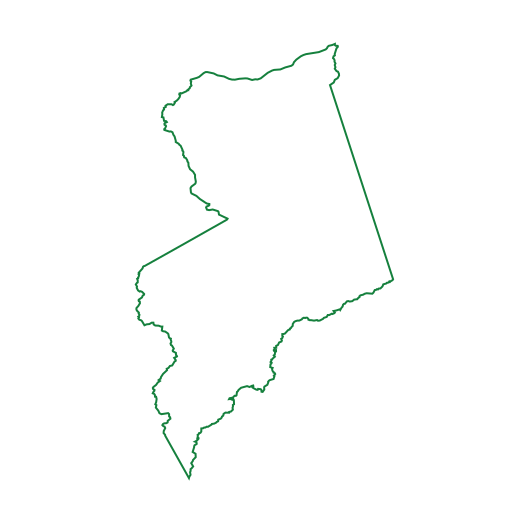 Nova Mamoré, Rondônia, Brazil, rotated 72°
{"feature_id": "56859067B93107940497000", "entity_name": "Nova Mamoré", "entity_type": "district", "adm_level": 2, "iso_a3": "BRA", "parent_name": "Brazil", "parent_adm1": "Rondônia", "projection": "equal_earth", "projection_center": [-64.544, -10.405], "detail": "fine", "context": "isolated", "style": "outline", "palette": "green", "viewbox_px": 512, "rotation_deg": 72, "n_neighbors": 0, "source": "geoboundaries", "source_scale": "gbopen_adm2", "svg_char_len": 6079}
<svg xmlns="http://www.w3.org/2000/svg" viewBox="0 0 512 512"><g transform="rotate(72 256 256)"><path d="M446.5,388.4L445.3,387.6L443.9,385.9L441.2,385.5L440.2,384.6L438.5,384.1L438.0,382.8L436.7,380.8L433.0,381.6L431.6,379.6L430.5,378.9L428.7,375.5L425.4,374.6L422.8,376.8L418.7,373.9L417.8,373.6L417.0,372.9L416.5,370.6L415.6,370.2L414.3,370.5L413.7,371.3L413.3,369.2L412.0,367.1L411.4,367.0L411.2,368.1L409.2,366.9L408.1,366.8L407.8,365.6L406.9,365.0L407.0,363.5L406.1,362.3L403.1,361.3L403.5,359.4L403.1,358.3L403.5,357.2L403.1,355.6L403.6,354.5L402.6,350.4L402.1,349.9L402.5,347.6L402.2,345.5L401.7,344.7L401.5,343.1L400.0,342.5L399.8,339.8L399.1,338.6L398.2,338.0L397.7,336.5L396.1,335.6L395.5,333.5L396.7,330.0L396.0,329.7L396.2,327.9L395.0,325.5L393.1,325.2L392.0,324.4L390.5,324.0L390.2,322.7L386.2,321.6L385.0,321.8L385.4,323.0L384.0,324.6L383.8,325.8L383.1,325.1L383.5,321.9L382.3,319.5L382.8,318.4L382.5,317.6L379.4,316.1L379.1,315.2L378.0,314.0L376.7,310.9L377.0,304.7L378.6,302.6L378.2,300.0L378.3,298.7L379.2,298.8L380.0,299.9L380.8,299.3L383.2,297.0L383.8,295.8L383.0,295.1L384.1,292.7L385.0,292.3L386.8,292.7L387.3,291.7L385.6,289.4L383.3,288.8L382.8,288.3L382.0,285.0L380.0,283.4L379.3,283.3L378.6,282.2L378.3,281.1L378.4,277.3L376.0,275.6L375.4,276.0L374.2,274.2L373.3,274.3L372.4,275.3L371.7,275.1L371.1,275.6L370.0,275.8L368.3,275.6L367.6,274.8L366.1,276.8L363.5,275.7L363.0,274.6L362.4,274.1L361.3,274.9L360.3,273.7L359.3,273.5L359.3,272.5L358.7,271.9L357.6,269.2L356.0,269.8L355.6,268.6L353.6,267.7L352.9,266.4L351.8,266.1L351.8,268.1L351.0,268.2L350.0,266.9L349.0,266.9L349.5,265.1L347.7,264.6L347.4,262.6L345.4,260.8L345.2,258.2L344.4,257.5L342.6,257.7L342.2,256.4L340.9,255.3L340.2,255.7L338.4,255.1L338.7,254.2L338.7,252.4L336.4,248.4L336.3,246.5L335.5,246.2L335.3,245.0L334.6,244.3L333.8,242.7L332.0,242.0L330.5,240.1L330.2,238.8L330.2,236.7L330.8,234.7L330.4,232.0L329.7,231.1L329.5,229.5L330.2,228.4L330.1,227.4L330.6,226.3L332.2,225.6L332.8,225.8L333.8,224.5L333.9,223.7L335.4,220.8L335.8,217.7L336.7,217.1L337.1,215.3L336.5,211.7L335.8,210.6L335.8,207.6L334.3,206.0L334.8,204.6L334.3,201.7L334.8,201.2L334.6,199.2L334.2,198.5L332.3,199.2L332.6,196.5L332.6,192.8L333.4,192.6L331.5,190.5L330.9,189.3L329.3,188.3L328.7,187.2L328.9,186.2L327.2,183.5L327.4,182.1L328.3,180.9L328.7,178.4L327.8,176.1L328.4,173.0L327.8,172.4L327.0,170.2L326.3,170.1L325.7,168.9L325.9,165.7L325.5,164.6L325.6,162.3L327.8,157.0L327.1,155.6L325.1,153.6L325.3,152.1L324.9,151.2L325.5,150.4L324.9,149.5L325.3,147.7L324.0,145.1L322.3,143.7L322.4,140.5L321.9,139.8L322.2,138.8L322.0,137.8L321.4,137.1L322.1,136.7L321.6,135.7L321.2,133.7L320.5,132.8L116.3,132.8L115.0,128.4L112.8,126.6L112.1,123.4L110.0,121.2L108.3,120.8L106.0,121.1L105.0,122.3L102.2,123.2L101.0,122.1L98.7,122.1L97.4,120.9L95.5,121.3L94.2,120.8L92.9,120.9L91.6,121.6L90.0,120.5L89.6,119.0L88.3,118.8L83.4,115.3L82.3,113.5L81.4,113.4L80.6,115.3L79.6,115.9L78.7,115.5L78.9,118.2L78.6,121.9L79.2,123.2L80.4,124.4L81.1,125.9L81.5,133.2L79.5,145.9L79.5,148.7L79.9,151.6L81.7,157.0L83.4,160.0L85.3,161.6L86.0,163.5L85.7,169.9L86.1,175.2L84.6,181.3L84.6,183.4L85.4,188.2L88.5,196.6L88.6,200.0L87.7,202.1L87.4,205.3L84.5,209.3L83.7,211.4L82.3,217.2L81.8,221.5L80.8,224.3L79.2,226.9L75.4,230.9L72.3,236.8L69.3,239.8L66.0,245.5L65.5,247.2L65.9,249.3L68.1,254.8L68.3,257.3L68.1,263.6L69.0,264.2L70.0,263.7L71.9,264.7L74.0,264.7L75.1,266.8L76.0,267.2L76.7,269.0L77.4,269.2L77.1,270.1L77.8,271.1L78.4,276.6L77.8,277.2L77.8,278.6L78.8,279.1L79.6,278.5L81.2,279.4L82.8,281.5L83.8,283.5L84.4,285.9L85.2,285.8L86.6,287.4L86.8,288.4L85.6,289.4L84.4,293.0L85.1,295.6L86.3,295.7L86.7,297.9L88.3,298.2L88.7,299.3L90.6,300.9L92.3,301.3L94.8,302.6L95.6,301.2L99.0,301.7L100.1,299.7L101.1,299.4L101.4,301.7L102.0,302.3L103.0,302.4L103.9,301.5L104.7,301.4L106.8,303.3L107.0,304.1L107.8,304.2L110.9,299.9L111.2,298.5L112.5,297.2L115.2,297.1L117.1,296.5L121.6,296.7L122.8,297.1L125.4,294.8L126.4,294.6L127.8,293.6L132.2,293.1L133.0,293.5L133.9,292.9L134.7,292.9L137.5,294.2L138.3,293.6L140.0,293.8L141.2,292.4L143.7,291.8L145.0,292.0L146.3,291.5L149.5,292.3L153.1,291.9L156.3,289.8L160.0,288.9L162.5,289.7L166.5,290.2L167.8,290.8L168.5,291.5L170.0,295.9L171.2,297.3L175.3,298.2L176.6,298.0L180.4,294.1L184.4,291.8L189.8,287.5L191.0,286.4L192.1,284.3L193.1,284.6L193.5,285.3L193.7,287.8L194.5,288.5L196.8,288.3L197.9,286.4L198.4,282.8L201.6,278.3L202.4,278.0L205.2,278.4L211.7,271.5L212.3,272.1L212.6,273.2L223.6,327.4L231.1,365.0L231.0,366.0L231.4,366.8L232.8,367.8L235.6,372.6L236.3,372.3L236.9,373.3L237.7,372.9L239.5,374.0L240.1,374.9L240.8,375.0L241.0,376.1L242.6,376.0L244.6,376.7L244.8,377.6L245.9,379.1L248.3,378.6L249.4,379.3L252.3,378.8L253.9,377.6L253.8,376.7L254.9,375.4L257.5,374.1L258.2,374.4L258.7,376.0L260.2,377.3L261.3,381.0L262.0,381.4L262.8,381.4L263.4,380.6L265.1,381.0L267.2,383.4L268.5,385.7L269.5,386.2L271.0,386.2L273.6,384.9L274.5,385.4L275.8,385.0L276.9,385.6L277.3,386.7L278.3,386.3L279.1,387.2L280.5,386.7L281.8,385.0L282.6,384.6L287.4,383.5L287.2,381.1L287.8,378.4L287.2,375.8L287.7,374.2L289.5,374.5L291.0,373.3L292.2,370.1L293.7,368.3L294.2,366.9L297.8,368.6L298.8,367.7L299.8,365.7L302.3,363.8L303.2,363.5L306.5,363.9L307.5,363.5L308.3,362.5L309.2,363.0L311.0,362.9L312.1,363.4L312.7,364.3L314.3,364.4L315.2,363.6L318.7,362.8L320.1,364.4L320.9,364.5L323.4,362.1L325.4,362.7L326.2,362.2L327.1,362.2L327.6,365.3L330.3,364.5L331.0,364.9L331.2,366.1L334.2,369.5L334.0,371.9L335.4,373.8L335.7,375.8L337.1,375.9L339.4,380.8L341.9,383.9L343.1,384.5L343.9,386.9L345.2,386.0L346.0,388.6L347.7,390.8L348.9,394.1L349.6,394.9L350.6,395.0L352.0,393.9L352.8,394.3L353.3,395.3L354.7,396.6L355.6,395.5L356.7,395.1L358.6,395.5L359.0,394.5L361.3,394.7L364.3,396.2L365.9,397.6L367.0,396.8L369.2,398.1L372.9,396.7L375.7,396.4L377.2,394.8L378.3,388.1L379.5,387.5L381.8,388.2L382.8,387.5L384.3,387.7L385.5,390.9L387.0,391.5L387.3,392.9L386.8,395.0L387.1,396.4L387.9,397.3L389.2,396.7L390.0,395.7L391.6,395.5L393.9,397.8L395.9,398.6L397.9,397.7L398.8,397.9L446.5,388.4Z" fill="none" stroke="#15803d" stroke-width="2"/></g></svg>